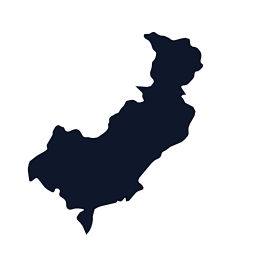 the District of Mzimba, rotated 224°
{"feature_id": "MWI-1900", "entity_name": "Mzimba", "entity_type": "District", "adm_level": 1, "iso_a3": "MWI", "parent_name": "Malawi", "parent_adm1": "", "projection": "mercator", "projection_center": [33.7, -11.843], "detail": "fine", "context": "isolated", "style": "filled", "palette": "ink", "viewbox_px": 256, "rotation_deg": 224, "n_neighbors": 0, "source": "natural_earth", "source_scale": "10m", "svg_char_len": 3958}
<svg xmlns="http://www.w3.org/2000/svg" viewBox="0 0 256 256"><g transform="rotate(224 128 128)"><path d="M81.6,77.3L82.6,75.7L82.6,74.2L82.4,72.6L82.6,70.9L83.1,70.3L84.9,69.5L85.6,68.9L85.8,68.2L85.4,66.8L85.5,66.1L93.8,53.3L95.4,49.9L96.4,46.3L92.7,39.7L90.0,37.0L87.9,34.0L86.2,30.7L85.0,27.1L84.7,23.5L86.9,24.4L92.3,26.7L96.7,27.4L100.6,27.5L101.6,28.0L102.3,28.7L102.8,30.8L103.1,32.9L103.1,34.1L102.8,35.2L102.4,36.1L102.1,37.1L101.9,38.1L102.3,39.3L103.3,39.6L104.3,39.2L106.7,37.5L108.8,35.8L110.6,33.9L111.2,33.0L112.7,30.5L113.3,29.7L114.2,29.0L115.8,28.7L117.0,29.1L118.1,29.9L119.4,31.1L120.6,32.1L122.2,32.9L123.6,33.2L124.9,33.2L129.4,32.5L130.4,32.7L131.1,33.2L132.1,35.2L132.7,36.0L133.8,36.7L134.8,36.8L135.8,36.7L136.7,36.4L137.5,35.8L138.3,34.9L138.7,34.1L138.8,33.4L138.6,32.8L138.2,32.3L137.9,31.6L137.7,30.9L137.9,30.1L138.5,29.7L142.8,28.6L146.4,28.2L157.5,29.7L159.2,29.5L160.2,28.8L161.0,23.6L161.2,22.8L161.7,22.2L162.5,22.5L170.1,28.5L171.8,30.5L173.2,32.6L174.8,35.8L173.6,44.4L170.8,54.0L170.6,56.1L170.9,57.5L172.6,58.5L173.4,59.1L174.1,60.0L176.8,70.9L177.3,71.6L178.9,73.4L180.3,77.9L180.2,79.9L179.7,81.0L178.7,81.5L176.5,82.0L174.9,82.9L174.4,83.0L173.9,82.9L172.7,82.3L172.0,82.1L171.4,82.0L169.6,82.1L168.3,83.0L167.2,84.4L165.9,87.7L165.0,89.4L164.0,90.6L163.0,91.2L161.9,91.6L160.9,91.6L160.1,91.5L155.4,90.2L154.8,90.1L153.9,90.1L153.0,90.4L152.0,90.9L149.5,93.4L148.8,93.8L148.1,94.1L147.0,94.9L145.7,95.9L144.0,97.9L143.1,99.2L142.5,100.5L141.2,107.1L140.9,109.6L140.9,111.0L141.0,112.3L141.2,113.6L141.7,114.7L142.4,115.7L143.8,116.9L144.2,117.3L144.5,117.8L144.6,118.6L144.9,119.4L145.4,120.2L147.0,121.6L147.5,122.6L147.5,124.6L146.7,126.8L146.2,129.2L145.2,130.9L144.9,131.9L144.8,133.1L145.5,135.9L145.8,137.7L145.7,140.1L145.9,141.8L146.3,143.3L146.8,144.4L147.1,145.9L146.7,147.0L144.3,150.3L143.4,151.2L142.2,151.8L140.9,152.1L139.6,152.2L138.4,152.6L137.3,153.4L136.1,154.8L135.0,156.7L134.7,157.9L134.8,158.9L135.5,159.6L136.5,160.0L138.4,160.7L139.1,161.1L139.7,161.8L140.2,162.7L140.8,163.4L141.6,163.9L142.6,164.1L149.7,164.0L142.1,170.4L140.0,173.7L140.0,174.8L140.4,178.2L140.9,179.6L141.9,180.6L143.2,181.1L147.0,181.4L148.7,182.4L150.2,184.0L152.0,187.7L153.2,189.5L155.4,192.0L155.7,193.8L156.0,196.5L156.6,198.2L157.4,199.7L158.3,200.9L159.3,202.1L160.5,202.7L163.5,202.6L165.0,202.8L169.3,205.0L170.7,205.5L172.2,205.8L173.7,206.0L175.1,205.8L177.8,205.1L178.9,205.2L180.1,205.7L180.5,206.3L180.6,206.7L180.4,207.0L180.2,207.3L178.4,209.0L177.4,210.2L176.6,212.9L176.2,213.8L175.6,214.5L174.9,214.8L172.7,215.1L170.2,215.7L169.2,216.1L168.2,216.6L166.3,218.2L165.1,219.0L161.2,220.4L157.7,220.9L156.8,221.3L155.9,221.9L155.3,222.5L154.6,223.3L151.4,228.7L148.8,232.3L147.8,232.6L146.8,233.2L146.4,233.5L145.9,233.8L145.4,233.8L144.7,233.3L142.1,231.1L141.1,230.5L140.3,230.3L139.7,230.4L138.3,230.5L137.7,230.7L137.3,231.0L136.9,231.3L135.9,232.0L135.4,232.3L134.2,232.7L133.5,232.9L132.8,232.9L131.2,232.8L129.6,232.5L128.3,232.1L127.7,231.9L127.1,231.5L126.5,230.9L125.2,229.5L123.2,226.4L122.4,225.5L121.9,225.2L121.2,224.9L120.5,224.8L119.7,224.8L118.3,224.9L117.7,224.3L117.3,223.1L117.4,219.6L117.8,218.1L118.2,217.1L118.7,216.8L119.1,216.3L119.3,215.8L119.3,214.9L119.0,213.9L118.2,212.4L116.7,210.6L116.4,209.7L116.2,208.4L116.1,201.9L116.4,200.4L116.6,199.8L117.0,199.2L117.3,198.7L118.5,197.4L118.8,196.9L119.1,196.3L119.3,195.6L119.4,194.9L118.7,194.0L118.0,193.4L112.7,192.3L110.9,191.9L111.4,191.5L112.5,189.6L112.3,187.1L111.0,186.6L109.0,186.7L104.4,185.1L95.7,187.7L91.6,186.3L89.3,182.7L87.2,174.3L85.7,170.4L84.4,168.7L81.0,165.5L80.2,163.6L80.0,159.5L80.4,155.5L85.0,144.5L86.1,138.3L86.8,136.4L87.2,134.5L86.8,132.8L85.4,130.2L85.4,128.3L87.0,123.7L87.4,119.3L86.3,103.9L86.0,99.8L85.3,97.8L83.8,96.0L81.8,95.7L79.8,95.9L77.8,95.9L75.8,95.2L75.4,94.3L77.2,90.5L77.9,88.3L78.1,86.8L77.5,76.6L78.6,74.9L81.6,77.3Z" fill="#0f172a" stroke="#020617" stroke-width="1.5"/></g></svg>